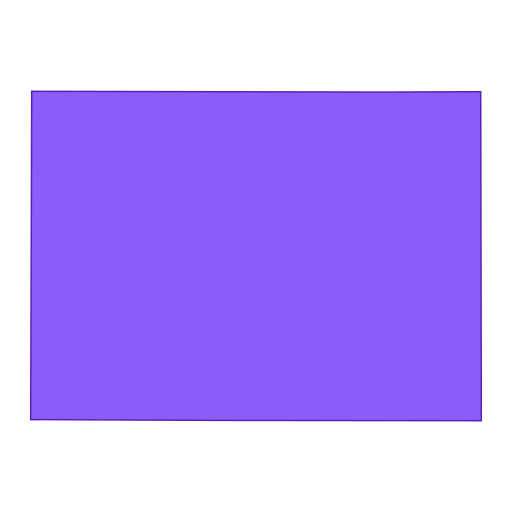 Murray, Minnesota, United States of America
{"feature_id": "52423323B53940725517536", "entity_name": "Murray", "entity_type": "district", "adm_level": 2, "iso_a3": "USA", "parent_name": "United States of America", "parent_adm1": "Minnesota", "projection": "natural_earth1", "projection_center": [-95.82, 44.022], "detail": "fine", "context": "isolated", "style": "filled", "palette": "violet", "viewbox_px": 512, "rotation_deg": 0, "n_neighbors": 0, "source": "geoboundaries", "source_scale": "gbopen_adm2", "svg_char_len": 221}
<svg xmlns="http://www.w3.org/2000/svg" viewBox="0 0 512 512"><path d="M39.9,419.6L219.9,420.4L481.3,420.7L480.7,91.7L382.9,92.1L31.7,91.3L30.7,419.7L39.9,419.6Z" fill="#8b5cf6" stroke="#5b21b6" stroke-width="1.5"/></svg>